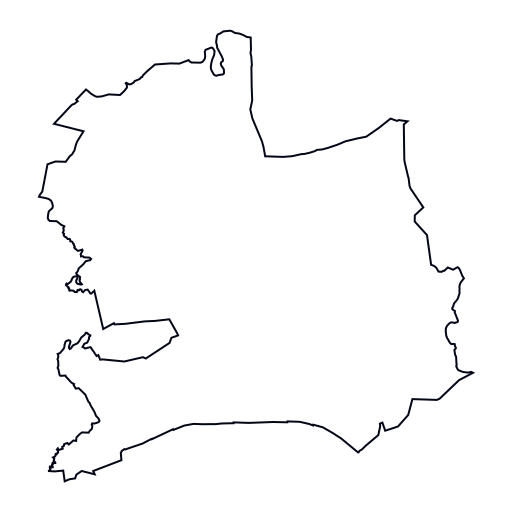 Lendžu pag., Rezeknes, Latvia (Mercator projection)
{"feature_id": "27541924B30394779880329", "entity_name": "Lendžu pag.", "entity_type": "district", "adm_level": 2, "iso_a3": "LVA", "parent_name": "Latvia", "parent_adm1": "Rezeknes", "projection": "mercator", "projection_center": [27.481, 56.572], "detail": "fine", "context": "isolated", "style": "outline", "palette": "ink", "viewbox_px": 512, "rotation_deg": 0, "n_neighbors": 0, "source": "geoboundaries", "source_scale": "gbopen_adm2", "svg_char_len": 5781}
<svg xmlns="http://www.w3.org/2000/svg" viewBox="0 0 512 512"><path d="M54.0,123.8L83.5,131.3L77.1,141.6L75.8,145.1L74.5,150.3L72.1,154.3L69.7,156.3L65.7,161.8L55.4,161.5L47.5,164.3L42.3,191.6L39.8,194.9L39.0,196.8L45.7,198.1L48.7,199.0L51.0,200.6L52.1,202.8L52.8,205.6L52.7,207.1L52.3,208.2L49.3,210.8L48.6,212.0L48.0,215.4L47.8,218.0L48.4,219.7L49.9,221.0L56.7,221.2L61.3,224.9L64.4,226.3L63.3,228.2L63.3,228.9L63.8,229.8L63.7,230.6L62.8,232.6L64.1,233.8L63.6,235.0L64.2,236.1L65.5,237.2L66.4,237.3L67.6,239.0L69.4,238.9L70.1,239.4L70.3,241.3L71.7,241.5L72.5,242.1L73.0,243.5L73.7,243.8L73.9,244.6L73.8,245.1L74.7,246.4L74.8,246.8L74.4,247.2L74.6,247.6L74.4,247.8L74.9,248.6L75.9,249.1L76.9,250.2L78.0,250.9L82.3,249.6L82.6,250.6L80.6,254.3L80.9,254.9L81.0,256.4L82.9,256.3L84.0,257.3L89.4,257.6L91.1,258.9L90.3,260.1L85.7,261.2L83.4,264.2L78.7,268.4L78.0,270.6L77.0,272.3L76.3,272.8L76.3,273.7L77.5,275.1L80.1,277.1L79.8,279.1L79.9,279.4L79.6,279.6L79.6,280.8L79.8,281.0L80.0,282.1L81.9,284.3L81.1,284.6L77.5,283.8L76.3,282.5L76.2,280.3L76.9,279.2L77.5,277.5L77.0,276.1L73.5,276.8L72.5,278.0L71.6,279.6L71.5,280.5L70.8,281.6L67.8,284.1L67.0,284.2L67.0,283.7L66.6,283.5L66.1,284.1L65.9,285.0L67.8,286.9L68.4,287.0L68.9,288.1L68.6,288.4L69.3,289.1L69.1,290.2L69.5,290.7L70.4,290.4L73.5,290.7L74.7,292.0L76.8,292.1L77.4,290.3L77.8,290.0L78.8,290.4L79.4,290.0L79.6,289.4L80.4,289.3L81.6,289.9L81.9,291.4L83.1,292.2L85.2,290.0L87.7,289.6L90.4,293.5L91.2,293.6L94.3,290.7L103.2,329.0L113.9,323.2L114.4,324.4L125.5,323.8L144.7,321.4L155.2,320.9L169.3,319.3L177.3,333.5L178.1,335.4L171.4,337.8L169.6,342.9L145.8,358.5L142.9,357.2L124.3,361.5L102.6,359.4L100.2,359.7L98.3,355.1L96.6,356.0L90.5,347.1L85.0,348.5L84.7,348.0L82.5,347.0L84.3,343.8L87.2,342.6L89.2,338.5L89.0,337.6L89.1,337.0L90.4,335.7L90.2,335.2L88.2,334.2L87.5,333.2L86.2,332.7L85.7,332.8L85.5,333.7L84.7,334.6L81.2,337.6L79.3,341.0L77.5,343.3L73.0,345.4L70.7,348.6L69.7,349.0L68.9,347.8L69.0,346.5L70.5,342.0L70.1,340.7L68.7,340.2L66.3,341.0L65.5,341.8L64.5,345.1L64.5,346.3L64.0,348.0L63.2,349.4L59.8,353.2L57.7,353.9L58.2,355.4L58.3,357.0L57.5,359.3L58.1,360.6L58.3,363.0L58.2,364.2L58.4,365.0L58.2,366.7L57.7,367.3L57.7,368.1L58.5,369.6L59.5,374.8L60.4,375.8L65.5,375.6L65.9,376.6L71.4,382.6L74.1,384.1L73.6,385.0L75.8,388.6L78.7,388.2L85.3,394.6L88.4,401.7L89.8,403.2L90.6,405.4L94.4,411.8L96.0,415.8L98.5,418.5L99.5,420.7L98.7,422.0L97.4,422.6L94.7,423.5L92.2,423.4L91.7,424.7L92.4,426.0L91.7,429.2L90.1,430.4L88.6,432.7L82.1,432.4L79.7,434.1L76.8,437.1L76.4,437.9L76.1,440.9L73.4,440.5L68.8,444.5L67.4,443.0L64.2,444.1L63.9,445.9L62.2,446.9L62.7,448.7L58.5,450.1L57.8,448.4L56.9,449.5L57.5,450.1L58.2,452.3L57.9,452.9L57.0,453.3L56.6,454.3L55.7,454.0L55.3,456.0L54.5,456.8L53.0,457.4L54.3,458.7L53.6,461.1L54.4,461.4L55.3,462.5L55.3,463.0L53.9,462.9L53.2,463.8L52.8,463.0L52.6,463.0L51.7,465.7L52.8,466.9L52.7,467.2L49.9,466.6L49.8,467.8L50.6,468.7L50.0,469.3L50.0,470.3L48.1,471.0L54.8,471.4L63.2,470.6L64.7,481.3L69.7,479.2L75.1,478.4L76.4,474.6L81.7,471.0L94.7,474.3L93.2,471.0L121.4,460.2L120.8,452.9L121.9,450.8L124.4,449.1L125.0,449.5L142.7,443.5L150.9,439.2L152.3,438.7L152.3,439.0L173.1,429.2L173.4,429.9L184.2,425.6L193.4,423.9L201.7,424.2L216.1,424.1L221.3,423.5L233.6,423.2L233.6,422.4L248.8,422.9L273.0,422.0L287.4,422.3L287.5,421.4L299.7,421.8L309.3,424.0L313.1,425.5L313.3,424.7L322.8,427.3L332.4,432.8L341.2,438.5L357.9,452.3L358.5,452.4L359.6,450.8L362.1,449.3L365.5,445.9L378.3,435.1L380.2,426.2L379.9,423.7L382.4,422.6L385.2,430.7L398.0,426.5L408.2,415.0L412.4,399.1L436.9,399.9L439.6,398.7L459.1,380.1L473.0,372.8L471.1,371.9L468.0,372.6L463.1,372.0L458.7,370.3L457.7,369.4L456.2,366.2L456.7,364.9L456.5,364.2L456.1,356.9L455.1,354.5L454.5,350.9L454.5,349.7L455.7,348.5L455.9,347.8L454.9,346.0L454.8,344.2L453.8,343.9L451.4,344.1L450.1,343.1L447.0,337.7L446.3,335.9L445.8,332.0L445.8,328.7L446.4,327.0L447.4,325.4L448.8,323.9L450.4,322.6L452.5,322.4L454.7,323.0L455.9,322.4L457.4,322.2L457.9,321.4L457.9,320.4L454.7,312.3L455.0,311.1L452.4,309.3L452.2,308.1L453.2,306.7L453.2,306.0L454.2,303.2L457.0,299.9L458.0,298.2L459.6,293.0L459.4,290.5L459.6,289.3L459.4,287.0L459.8,284.4L461.0,282.0L463.9,278.4L462.1,275.4L459.8,269.6L458.2,267.5L457.3,267.3L453.1,269.7L447.8,267.5L444.3,270.8L443.2,270.8L441.8,271.8L438.5,271.6L436.6,268.2L435.4,266.9L433.6,265.7L431.1,264.8L427.0,235.1L414.7,221.5L414.8,215.3L423.3,207.4L410.5,188.5L409.5,185.7L408.6,178.0L408.1,176.7L404.7,162.3L404.3,159.5L403.8,124.4L407.5,121.3L398.8,120.1L397.0,120.9L390.6,118.6L378.9,127.9L366.2,136.7L357.1,138.5L345.2,141.4L337.5,144.7L327.3,148.1L321.9,149.5L316.8,149.9L315.0,151.1L309.1,152.9L303.7,154.1L302.0,154.0L292.2,156.2L283.0,156.9L265.2,156.3L263.5,147.0L262.0,141.4L252.4,118.5L250.3,109.4L252.2,100.5L251.7,87.4L251.4,66.9L251.9,65.5L251.3,56.7L250.5,53.1L251.0,49.5L250.7,37.5L246.7,36.9L243.0,34.9L239.4,33.6L234.8,32.9L232.3,31.4L230.3,30.7L223.3,31.4L220.4,33.4L218.3,34.1L217.0,35.7L216.1,42.1L216.9,45.2L217.2,47.8L221.7,56.2L223.0,59.5L222.9,61.0L221.1,62.4L220.8,63.7L221.3,65.6L223.6,68.9L223.9,69.9L224.0,73.1L223.6,73.9L222.2,74.6L219.0,74.9L216.5,75.7L215.3,75.5L214.0,74.7L211.7,70.8L211.0,68.9L210.8,67.5L211.2,63.6L212.3,59.3L214.1,55.1L214.6,51.1L212.9,48.2L211.6,47.5L205.6,49.8L204.8,51.7L205.2,56.4L204.6,59.2L202.7,61.7L200.5,62.7L191.5,62.5L189.5,61.3L188.6,60.1L179.4,63.6L170.6,63.4L155.0,64.5L147.4,71.0L143.0,75.3L142.1,77.1L140.9,77.4L139.7,79.0L134.6,81.1L133.7,82.5L131.1,84.1L129.2,84.4L126.4,82.8L125.8,83.1L125.7,83.4L126.5,84.2L126.8,85.2L127.0,86.6L126.8,87.8L123.8,91.5L120.0,95.0L108.7,94.4L101.8,96.4L96.8,96.8L94.9,96.1L90.7,93.5L88.9,91.8L86.0,89.5L76.2,99.7L77.7,101.2L74.3,103.9L72.4,104.5L70.9,105.8L54.0,123.8Z" fill="none" stroke="#020617" stroke-width="2"/></svg>